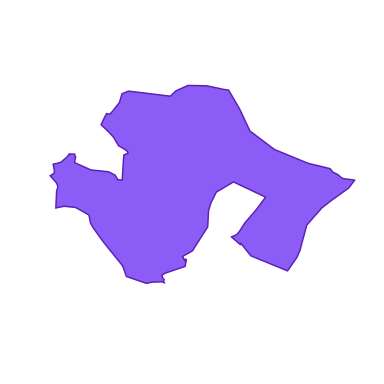 outline of Goronyo, Sokoto, Nigeria, rotated 301°
{"feature_id": "59680162B20432910054227", "entity_name": "Goronyo", "entity_type": "district", "adm_level": 2, "iso_a3": "NGA", "parent_name": "Nigeria", "parent_adm1": "Sokoto", "projection": "equal_earth", "projection_center": [5.745, 13.352], "detail": "fine", "context": "isolated", "style": "filled", "palette": "violet", "viewbox_px": 384, "rotation_deg": 301, "n_neighbors": 0, "source": "geoboundaries", "source_scale": "gbopen_adm2", "svg_char_len": 1650}
<svg xmlns="http://www.w3.org/2000/svg" viewBox="0 0 384 384"><g transform="rotate(301 192 192)"><path d="M245.7,85.5L240.2,81.4L231.4,83.7L226.0,83.0L221.4,82.5L216.4,81.5L215.2,78.4L210.8,78.6L202.8,79.5L200.9,88.3L198.6,96.4L193.8,105.2L194.0,111.3L193.6,115.1L193.2,116.2L192.5,117.1L191.6,116.7L188.6,114.5L181.9,117.9L166.4,126.0L164.3,122.2L166.9,117.4L166.3,109.9L158.8,93.9L156.7,76.3L160.1,74.8L161.4,74.6L162.6,73.8L162.8,72.8L164.1,71.9L162.3,68.9L161.7,68.6L161.7,68.1L161.7,67.8L161.7,67.3L157.5,66.8L150.1,64.3L147.4,62.0L144.9,59.1L144.2,58.7L140.6,62.1L137.3,64.3L132.9,62.1L130.1,70.9L127.9,74.0L125.5,74.9L123.2,75.4L108.2,83.5L113.9,89.7L118.8,100.2L119.2,115.5L113.1,121.0L110.3,126.0L103.8,141.1L92.9,170.7L92.8,170.8L85.8,179.3L90.2,199.9L94.0,204.1L95.1,205.6L99.5,212.5L100.0,214.9L100.5,214.2L101.0,213.5L101.8,213.3L102.5,213.3L102.9,212.5L103.2,211.4L103.3,210.7L104.0,210.3L104.4,209.5L105.4,209.3L105.6,209.2L108.5,210.7L124.7,224.4L131.1,222.0L131.0,220.9L129.4,221.0L131.9,217.1L141.9,222.7L170.2,223.4L184.5,215.8L192.6,213.8L204.5,212.9L222.0,222.4L225.5,257.7L210.1,256.2L192.5,253.2L182.1,252.9L178.2,252.1L173.8,249.0L171.8,260.4L173.1,260.5L167.6,275.3L173.6,314.5L189.9,315.6L197.2,314.7L205.2,312.4L222.8,307.4L240.7,310.7L244.9,311.4L255.0,315.2L276.2,324.3L285.9,325.3L285.9,325.1L283.8,320.3L281.7,315.6L281.3,314.1L281.3,311.3L281.8,309.8L282.0,308.1L281.8,305.0L281.6,302.4L283.1,298.3L276.4,276.8L270.9,240.8L274.1,210.3L287.6,190.2L298.2,170.9L296.1,165.9L292.8,156.2L290.6,149.9L281.3,133.7L270.4,126.1L263.7,124.3L263.0,124.1L245.7,85.5Z" fill="#8b5cf6" stroke="#5b21b6" stroke-width="1.5"/></g></svg>